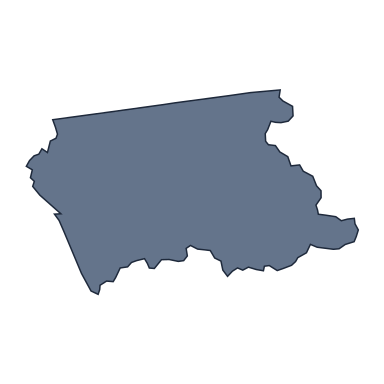 outline of Lagoa do Ouro, Pernambuco, Brazil, rotated 267°
{"feature_id": "56859067B65394251684100", "entity_name": "Lagoa do Ouro", "entity_type": "district", "adm_level": 2, "iso_a3": "BRA", "parent_name": "Brazil", "parent_adm1": "Pernambuco", "projection": "robinson", "projection_center": [-36.48, -9.167], "detail": "fine", "context": "isolated", "style": "filled", "palette": "slate", "viewbox_px": 384, "rotation_deg": 267, "n_neighbors": 0, "source": "geoboundaries", "source_scale": "gbopen_adm2", "svg_char_len": 1462}
<svg xmlns="http://www.w3.org/2000/svg" viewBox="0 0 384 384"><g transform="rotate(267 192 192)"><path d="M145.4,356.1L151.7,353.1L157.2,352.7L156.8,345.9L155.5,339.6L159.8,334.3L161.9,324.1L163.2,317.0L167.5,316.4L172.4,315.1L179.5,320.6L186.5,320.9L191.6,316.7L201.4,313.4L206.9,304.2L213.4,300.9L212.9,292.2L222.3,289.5L227.4,281.8L234.0,277.7L235.2,270.8L238.8,268.2L246.5,268.2L250.3,270.8L258.5,274.5L257.2,279.1L256.6,284.5L257.7,291.8L262.7,296.9L272.3,296.9L278.1,287.6L282.1,283.9L289.3,285.4L288.2,255.6L286.3,234.3L281.9,179.4L280.8,168.3L274.8,97.1L271.5,56.7L263.9,59.0L256.8,60.7L252.8,59.0L250.3,53.2L239.0,49.7L243.0,44.4L237.8,41.0L236.4,36.2L231.9,31.4L226.3,27.9L222.5,33.7L214.7,31.4L210.9,35.1L205.9,33.2L196.8,39.9L177.1,59.9L177.1,53.5L170.5,57.8L159.3,62.0L116.4,77.4L98.4,86.0L94.7,92.9L99.3,94.7L103.7,95.3L107.5,102.0L106.6,108.6L110.6,111.3L119.9,116.3L120.6,123.8L124.8,127.9L126.4,133.2L127.9,141.1L123.0,143.7L118.3,145.4L117.6,150.4L126.0,158.0L125.8,165.6L123.4,174.7L123.9,180.1L128.4,184.0L136.0,183.2L138.7,187.7L134.7,194.6L133.5,202.1L132.6,207.2L124.9,211.2L121.5,217.3L112.4,218.7L105.9,223.1L110.8,228.2L113.8,233.5L111.3,238.6L114.0,244.4L111.2,252.2L109.6,259.2L114.1,260.4L114.5,265.3L109.1,273.0L110.8,278.9L113.6,287.6L117.1,291.8L120.9,294.2L125.3,303.1L133.5,307.5L130.3,314.1L127.4,330.2L127.6,335.9L131.6,342.3L133.9,351.3L138.9,353.7L145.4,356.1Z" fill="#64748b" stroke="#1e293b" stroke-width="1.5"/></g></svg>